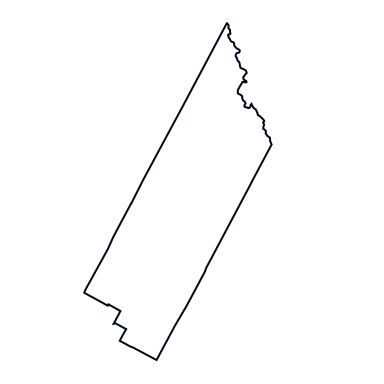 Garfield, Utah, United States of America, rotated 298°
{"feature_id": "52423323B19250472063480", "entity_name": "Garfield", "entity_type": "district", "adm_level": 2, "iso_a3": "USA", "parent_name": "United States of America", "parent_adm1": "Utah", "projection": "equal_earth", "projection_center": [-110.678, 37.845], "detail": "fine", "context": "isolated", "style": "outline", "palette": "ink", "viewbox_px": 384, "rotation_deg": 298, "n_neighbors": 0, "source": "geoboundaries", "source_scale": "gbopen_adm2", "svg_char_len": 1685}
<svg xmlns="http://www.w3.org/2000/svg" viewBox="0 0 384 384"><g transform="rotate(298 192 192)"><path d="M56.5,143.8L53.0,144.0L52.4,144.2L52.1,171.0L53.6,171.0L53.3,184.7L38.9,184.7L40.1,186.1L40.0,198.3L32.2,198.0L26.7,198.1L26.6,210.4L27.0,212.1L27.0,239.6L65.7,239.7L89.2,240.7L127.8,240.8L131.3,240.2L227.6,240.1L228.9,240.0L271.4,240.0L271.9,239.2L273.6,237.2L276.6,235.2L276.9,232.2L278.4,229.5L280.4,228.7L281.1,227.1L281.3,225.2L283.0,224.5L285.6,223.9L286.7,222.2L288.3,222.4L288.5,222.5L289.3,221.4L289.8,219.9L290.8,216.6L290.9,214.1L292.7,212.4L294.8,209.6L295.2,206.7L297.1,203.9L297.7,203.2L296.4,202.9L295.0,203.4L293.2,203.2L292.5,202.0L292.2,200.0L291.9,198.5L292.8,197.7L293.6,197.6L295.3,197.7L296.6,196.1L296.9,193.9L298.9,191.9L300.0,191.5L300.6,190.1L300.6,188.7L300.6,186.2L302.4,185.1L304.7,184.6L307.7,184.7L310.1,184.8L312.9,184.9L313.6,186.2L314.0,188.2L314.7,188.5L315.6,187.5L315.4,186.6L315.7,184.7L317.2,183.4L318.5,183.6L321.3,183.9L322.7,184.4L324.3,182.9L324.7,181.5L324.6,179.1L324.3,176.7L325.6,175.4L326.7,174.6L328.0,173.5L328.9,172.7L329.3,170.9L330.0,169.8L330.7,169.4L331.8,168.0L332.1,167.1L332.9,166.4L334.2,166.2L335.5,166.3L336.5,167.3L337.3,168.1L339.1,168.0L339.8,167.0L339.7,164.6L340.2,162.6L341.0,160.9L342.4,159.7L343.4,159.0L343.6,157.8L343.4,157.0L343.3,156.0L343.7,155.1L344.3,154.2L344.9,153.5L345.3,152.7L345.7,152.0L346.2,151.5L346.7,150.7L347.6,150.1L348.3,150.3L348.8,151.0L349.3,151.6L350.0,151.6L350.8,150.7L352.9,149.5L353.8,147.2L356.5,146.0L357.4,143.8L357.3,143.5L266.5,143.6L179.7,143.2L153.2,143.8L153.2,143.6L128.3,143.6L115.4,143.6L102.3,144.5L56.5,143.8Z" fill="none" stroke="#020617" stroke-width="2"/></g></svg>